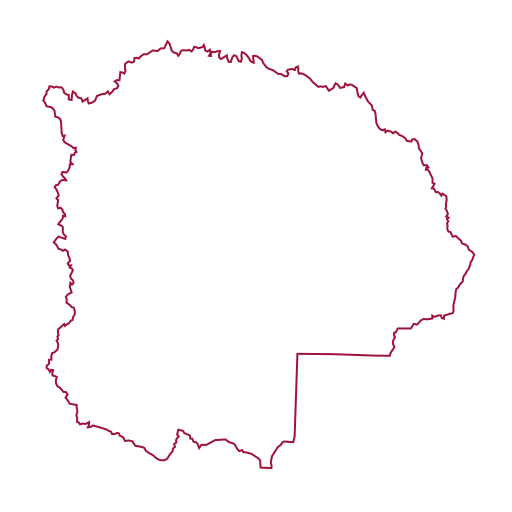 the district of Padre Bernardo, Goiás, Brazil, rotated 2°
{"feature_id": "56859067B81669958335053", "entity_name": "Padre Bernardo", "entity_type": "district", "adm_level": 2, "iso_a3": "BRA", "parent_name": "Brazil", "parent_adm1": "Goiás", "projection": "natural_earth1", "projection_center": [-48.332, -15.373], "detail": "fine", "context": "isolated", "style": "outline", "palette": "rose", "viewbox_px": 512, "rotation_deg": 2, "n_neighbors": 0, "source": "geoboundaries", "source_scale": "gbopen_adm2", "svg_char_len": 5836}
<svg xmlns="http://www.w3.org/2000/svg" viewBox="0 0 512 512"><g transform="rotate(2 256 256)"><path d="M278.8,467.4L278.9,465.0L277.9,461.9L279.0,455.5L284.5,446.2L287.2,444.1L289.1,441.1L290.8,440.4L299.7,440.8L300.9,435.2L300.8,352.3L337.4,351.4L379.7,351.4L393.2,351.0L393.9,348.1L397.6,342.1L396.3,339.9L395.8,337.6L396.2,335.4L397.7,332.2L396.6,330.1L396.7,327.8L398.4,327.4L400.2,323.5L413.3,323.0L416.1,318.3L419.5,318.9L422.9,314.7L425.7,313.1L429.7,313.3L434.4,312.3L434.3,309.5L436.0,310.6L440.2,309.1L442.8,308.8L443.9,311.5L446.0,312.1L446.1,309.0L454.7,306.1L455.3,304.0L455.0,298.2L456.6,290.1L456.7,285.7L457.2,282.2L459.0,280.6L460.7,277.4L463.5,274.2L463.6,271.6L464.4,268.6L466.0,266.7L467.2,263.8L468.9,261.6L470.5,257.0L470.7,254.7L472.0,252.9L474.0,247.1L472.5,244.8L468.5,242.2L467.2,238.9L465.2,237.4L461.3,236.2L460.5,233.8L455.0,229.0L451.9,229.9L449.5,225.3L447.5,224.9L446.2,222.6L446.4,219.0L445.8,216.7L446.9,214.5L445.5,212.3L447.1,210.9L444.7,209.9L446.3,207.4L445.3,204.4L443.7,201.9L444.4,199.7L443.9,197.6L444.6,193.4L444.1,189.7L440.3,187.2L439.1,189.2L437.6,187.2L435.6,185.7L433.4,185.9L431.7,182.6L429.4,182.2L431.9,177.6L429.8,176.6L429.8,172.5L426.2,165.7L424.7,163.7L422.7,163.8L423.1,161.6L425.1,161.4L423.7,159.3L420.4,159.4L418.9,156.6L417.5,152.3L418.7,147.7L415.1,142.7L414.5,139.2L413.4,136.1L410.3,133.6L407.9,134.2L407.2,136.2L402.8,135.7L400.7,132.8L397.4,130.8L395.1,130.1L393.3,128.3L390.9,126.8L388.7,128.6L386.8,127.0L383.0,126.1L381.1,127.8L380.3,124.9L378.5,126.0L375.9,125.1L373.5,122.6L371.7,119.1L370.4,109.4L369.5,106.7L367.6,106.1L366.5,101.4L362.5,97.6L359.4,92.3L358.0,89.1L356.0,91.7L354.8,94.0L352.9,92.9L351.7,89.2L350.8,84.6L345.8,81.6L343.8,81.2L342.0,82.4L339.1,80.6L338.2,84.1L334.2,85.1L332.2,82.2L329.6,80.6L328.4,82.7L327.6,85.2L323.1,88.3L319.9,83.8L316.8,84.6L314.5,84.2L312.5,84.8L306.5,80.1L303.9,76.9L298.5,73.2L294.5,71.8L292.8,72.4L291.8,70.5L291.8,67.9L291.2,65.1L289.1,66.2L288.3,68.8L285.8,67.8L281.5,68.7L280.3,70.2L282.0,72.6L281.1,75.1L278.5,75.4L274.6,73.2L271.9,73.3L266.8,69.9L261.9,68.3L259.8,66.9L256.5,63.0L255.1,59.8L250.2,56.5L248.3,55.9L246.1,56.2L246.9,62.9L244.6,62.2L243.2,60.8L242.3,58.9L239.7,55.6L236.8,53.3L234.8,52.8L234.4,56.2L235.0,59.2L234.1,62.4L232.0,61.9L229.2,56.8L226.9,56.2L225.3,58.5L224.2,62.9L222.0,62.9L220.4,59.6L219.8,56.5L214.2,60.4L212.3,59.1L211.9,56.0L213.0,52.5L210.3,52.6L207.8,53.7L205.1,53.4L203.6,54.9L202.6,51.5L200.5,53.4L198.1,52.4L197.5,49.4L196.5,47.0L195.5,48.9L191.0,50.4L189.1,49.4L186.9,49.1L186.0,51.6L184.5,53.8L181.9,52.3L179.8,53.0L175.2,53.0L173.6,54.1L172.6,56.9L171.3,58.6L169.7,56.1L166.6,55.5L164.6,53.7L162.3,47.1L160.1,44.6L157.0,51.6L153.4,51.9L150.5,54.6L145.6,54.2L140.0,58.2L136.6,58.3L133.2,61.0L132.0,62.7L130.1,62.1L127.6,62.4L127.4,65.9L125.3,67.1L121.6,66.0L118.5,68.6L118.4,72.1L119.1,75.7L118.0,78.2L115.9,77.2L114.0,77.0L113.4,85.1L110.7,85.1L108.7,86.4L111.0,88.2L112.5,90.8L111.2,93.2L108.3,94.2L106.4,97.1L103.9,99.5L102.3,96.6L99.6,99.2L96.5,99.6L91.5,101.6L89.6,106.5L86.4,108.6L83.4,109.4L82.4,106.5L82.1,104.3L77.3,107.8L75.9,104.5L73.3,104.1L71.2,102.4L69.8,99.7L67.2,98.0L66.5,101.7L66.2,106.5L63.4,106.0L63.3,101.6L60.9,101.1L58.5,99.5L57.8,96.7L55.8,94.2L52.8,94.4L50.7,93.7L48.3,94.8L46.4,93.8L43.6,93.7L43.4,96.0L40.9,99.0L41.0,101.2L39.0,104.3L38.0,108.1L39.9,110.2L41.4,113.6L46.2,114.5L47.8,115.6L49.6,117.9L50.5,123.7L53.2,124.4L55.5,125.9L56.5,129.1L57.5,139.7L58.6,142.9L60.6,142.4L59.2,146.8L60.9,149.1L68.0,152.9L69.9,154.5L72.2,154.1L71.8,156.6L72.9,158.3L71.2,159.2L70.5,161.4L67.9,161.3L67.1,168.2L69.4,170.6L66.7,170.9L66.8,173.2L65.7,176.3L63.8,179.2L59.7,178.8L58.7,181.0L60.3,183.3L62.3,185.0L63.6,187.0L60.1,186.8L57.8,188.0L55.7,191.7L53.5,192.3L52.3,194.1L54.2,196.5L56.1,200.2L56.7,202.4L54.5,205.3L56.3,207.0L55.6,212.8L56.6,215.3L59.0,214.6L60.8,216.3L61.7,218.9L63.5,220.6L63.9,223.0L61.7,222.4L61.5,225.2L57.3,231.1L60.1,232.3L61.9,233.6L62.1,239.3L63.4,241.3L65.4,243.2L64.8,245.6L58.0,243.5L56.1,245.5L53.3,249.5L55.1,250.7L56.8,252.9L58.5,255.8L60.6,256.2L62.7,257.6L64.9,256.2L67.7,258.1L68.2,261.8L69.5,264.2L70.4,267.2L68.1,270.1L69.4,272.0L71.4,271.8L70.2,274.0L72.2,274.8L73.5,276.6L70.9,282.5L71.9,285.1L73.9,286.6L74.7,289.4L73.1,291.0L71.5,289.3L70.9,293.1L73.0,299.0L70.2,300.4L68.5,301.9L67.4,303.6L68.3,305.6L68.3,309.3L71.8,311.5L73.5,313.5L75.6,313.9L76.9,317.6L76.9,320.5L75.4,323.4L75.0,326.2L73.0,327.3L71.3,329.8L68.9,331.2L67.6,332.6L66.6,330.7L60.8,336.3L60.7,339.6L61.5,341.9L60.3,343.5L61.2,345.9L59.6,347.6L61.0,349.7L61.4,352.0L60.9,356.3L57.7,359.4L55.7,360.1L54.9,363.3L55.2,366.7L52.8,367.0L52.9,371.0L50.5,373.2L50.8,375.4L52.8,376.6L54.1,379.0L55.4,376.8L57.2,377.1L56.5,379.8L56.8,382.5L58.9,382.9L61.2,384.0L60.3,387.1L60.5,390.2L62.1,393.1L64.3,394.3L68.4,398.6L70.8,398.6L72.6,401.1L70.6,404.0L72.8,406.8L74.9,410.1L82.0,411.2L82.1,413.9L83.0,417.9L82.0,421.4L83.1,424.7L82.9,428.0L84.9,428.7L86.0,430.4L88.4,429.6L92.0,429.7L95.0,427.9L94.9,430.7L94.0,433.1L96.5,432.7L99.0,431.0L112.3,434.4L114.7,435.8L117.3,436.7L118.4,439.0L121.5,438.7L123.3,437.7L125.2,438.0L126.1,440.3L129.6,441.9L131.5,445.4L135.1,444.8L138.9,445.5L142.0,449.9L149.1,450.9L151.2,451.8L152.6,454.3L154.9,456.1L160.0,458.7L163.6,461.7L166.8,463.2L168.9,463.5L171.8,463.3L174.4,461.6L177.6,456.1L179.2,454.7L179.8,451.2L181.7,449.6L180.7,446.9L182.9,445.1L182.5,442.9L183.4,440.9L185.2,439.0L183.4,437.2L184.4,432.3L189.2,433.3L190.5,435.5L196.1,437.6L196.7,440.8L198.6,440.7L200.1,443.9L202.4,444.2L204.0,445.5L205.9,449.9L207.9,446.7L213.0,446.5L221.6,441.4L231.9,440.4L235.9,443.2L238.7,443.7L241.2,445.0L244.1,449.6L246.2,451.6L248.9,450.5L250.1,452.4L254.6,452.9L258.4,453.9L265.0,457.9L267.1,459.8L268.0,467.3L278.8,467.4ZM203.6,54.9L204.1,57.7L202.1,57.5L203.6,54.9Z" fill="none" stroke="#9f1239" stroke-width="2"/></g></svg>